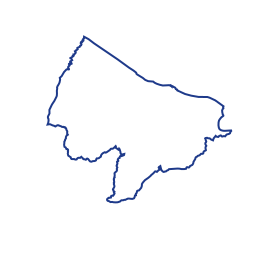 the district of Phu Luang, Loei, Thailand, rotated 34°
{"feature_id": "78962969B80258711240190", "entity_name": "Phu Luang", "entity_type": "district", "adm_level": 2, "iso_a3": "THA", "parent_name": "Thailand", "parent_adm1": "Loei", "projection": "orthographic", "projection_center": [101.608, 17.083], "detail": "fine", "context": "isolated", "style": "outline", "palette": "blue", "viewbox_px": 256, "rotation_deg": 34, "n_neighbors": 0, "source": "geoboundaries", "source_scale": "gbopen_adm2", "svg_char_len": 5857}
<svg xmlns="http://www.w3.org/2000/svg" viewBox="0 0 256 256"><g transform="rotate(34 128 128)"><path d="M43.4,124.6L43.9,125.0L44.7,125.9L45.8,128.6L46.1,130.4L46.2,132.9L46.6,134.2L47.2,134.8L48.2,136.9L49.8,139.1L50.9,141.0L51.2,142.0L51.8,146.8L51.8,150.0L51.9,151.6L52.7,156.9L54.8,159.9L55.2,162.9L55.4,163.6L56.0,164.4L56.8,164.8L57.9,166.1L58.9,168.1L59.3,169.7L59.4,170.1L60.9,168.7L61.5,168.4L64.0,168.0L65.4,167.5L66.2,167.5L67.1,167.2L67.3,166.2L67.6,165.9L68.0,165.2L68.4,164.8L69.4,164.6L69.8,164.4L70.7,164.3L71.5,164.0L72.6,164.0L73.2,163.7L73.5,163.3L74.1,163.3L74.5,162.9L75.4,162.6L75.6,162.6L75.8,162.9L76.1,163.1L76.5,162.9L76.9,162.9L77.9,163.9L79.5,164.7L80.3,166.1L80.8,166.7L81.2,167.0L81.7,167.1L81.9,167.2L81.8,167.5L81.3,168.2L81.5,169.9L81.7,170.5L82.3,171.2L82.4,172.9L82.8,173.7L82.8,174.8L83.7,176.2L84.4,177.6L85.8,179.1L87.3,179.0L88.7,179.9L89.4,179.4L90.0,179.4L90.5,179.6L90.8,180.0L91.0,180.8L91.6,181.2L92.4,182.9L93.9,184.3L96.9,184.3L97.6,185.0L98.5,185.3L100.0,184.4L100.8,183.8L101.9,183.7L102.8,183.0L103.0,182.7L102.9,181.9L103.2,180.9L103.6,180.4L105.0,179.5L105.4,178.0L106.7,178.3L107.3,178.3L108.1,178.7L108.6,178.7L109.2,178.3L110.8,177.9L111.0,176.5L111.4,176.1L112.3,176.0L115.0,176.9L116.2,176.6L116.6,176.3L117.4,175.1L118.6,174.2L119.4,173.2L119.5,172.6L119.1,171.5L119.1,170.7L119.5,170.5L120.7,169.3L121.0,168.2L121.5,167.2L121.4,166.6L121.0,165.8L120.9,164.7L121.2,163.1L122.2,161.2L122.5,161.0L123.3,160.9L123.9,159.9L125.3,156.3L125.4,154.9L126.0,154.3L126.7,153.9L127.3,153.0L127.9,149.9L128.3,150.1L129.0,151.2L129.4,151.3L131.2,151.2L132.3,151.4L132.4,151.2L132.4,150.9L132.2,150.1L132.9,150.3L134.9,151.9L135.9,153.0L136.6,153.4L137.7,153.4L138.0,153.2L139.4,151.6L139.8,152.5L139.8,152.8L138.3,155.0L138.1,155.1L137.8,155.0L137.5,155.1L137.3,155.7L137.3,156.5L137.8,157.5L137.1,158.4L137.1,159.7L137.4,160.0L138.3,160.6L138.4,160.8L138.3,161.2L137.8,161.8L137.8,162.2L138.3,162.7L138.8,163.0L139.2,163.5L139.3,163.9L139.2,164.3L139.6,164.8L139.5,165.3L139.6,165.6L140.3,166.3L141.2,166.6L141.5,168.1L141.8,168.5L142.4,168.9L142.7,170.3L142.2,171.9L142.1,173.0L142.3,173.3L143.0,174.1L143.3,174.6L143.8,175.2L144.0,176.0L144.6,176.5L144.4,177.2L144.6,177.9L144.9,178.2L145.0,178.6L145.4,178.8L145.6,179.3L146.4,180.0L146.5,180.3L146.9,180.7L146.9,181.4L147.5,181.9L147.6,182.4L148.0,182.8L148.6,183.1L149.5,184.2L149.7,185.1L149.7,186.8L149.9,187.4L150.8,187.7L150.9,188.1L151.6,188.5L152.4,188.5L152.4,189.3L153.2,189.6L153.5,189.9L153.4,190.6L153.6,190.9L153.5,192.5L152.8,192.7L152.5,193.2L152.4,193.6L152.2,193.7L152.4,194.1L152.3,194.6L152.6,194.8L152.7,195.2L152.3,195.4L151.9,196.1L151.0,196.7L151.0,197.2L150.6,197.7L150.5,198.8L150.9,199.3L151.3,199.6L152.0,199.7L153.0,199.3L154.9,199.2L156.3,198.1L157.4,197.7L159.3,196.6L161.0,195.3L162.5,193.4L162.7,192.2L163.1,191.5L163.5,191.2L164.4,190.6L165.1,189.6L165.9,189.1L167.3,186.7L168.4,185.9L170.7,184.7L171.4,184.2L172.3,182.9L172.2,181.8L171.5,180.1L171.6,179.8L172.2,179.3L171.6,178.7L171.3,178.1L171.5,177.3L170.8,175.0L171.0,174.6L172.0,173.6L172.4,170.2L171.9,168.4L170.9,166.7L170.8,165.1L171.2,161.8L172.7,157.9L173.5,155.0L173.6,153.8L173.9,153.0L174.4,151.1L174.7,148.9L175.3,148.4L176.5,148.2L177.0,145.6L177.8,144.6L177.5,144.3L175.9,143.9L175.5,143.6L175.5,143.0L176.1,141.5L178.8,143.9L179.2,144.1L180.4,144.5L181.5,144.6L182.3,144.4L182.8,143.6L183.7,142.8L184.0,141.7L184.8,140.5L185.0,139.2L191.8,133.9L193.5,132.9L195.2,132.2L197.7,130.5L198.9,129.4L198.6,128.0L198.8,127.5L199.3,127.2L200.3,126.9L200.7,126.5L200.8,126.0L200.7,124.9L201.9,122.7L202.0,122.0L201.8,120.7L201.2,119.3L201.1,116.2L200.6,114.8L200.6,114.3L201.3,113.0L201.4,112.1L202.6,110.6L203.0,108.5L204.2,107.7L204.5,107.3L204.6,107.0L204.0,105.7L204.0,105.0L204.2,104.3L204.9,103.3L205.0,102.8L204.8,102.6L203.9,101.8L203.2,100.9L202.9,100.1L202.9,99.0L201.4,98.3L200.7,97.5L200.5,96.9L200.6,96.0L200.4,95.4L199.1,94.5L198.5,93.8L197.8,93.5L197.8,93.1L199.0,91.9L200.0,91.8L201.5,90.9L203.5,91.1L205.4,90.7L204.8,88.8L205.1,85.5L206.1,85.7L207.8,85.0L207.9,84.8L208.0,83.8L208.2,83.4L209.0,82.3L209.6,82.2L210.3,82.5L210.7,82.5L211.1,82.2L212.0,81.1L213.2,80.6L213.4,78.3L215.1,76.3L215.5,75.3L215.0,73.7L215.2,73.1L215.2,72.4L215.5,71.9L209.7,76.3L208.7,76.9L207.6,77.4L206.2,77.8L204.9,77.8L204.2,77.6L203.1,76.9L201.5,75.2L200.0,72.8L199.3,71.0L199.2,69.6L199.4,67.0L200.1,65.1L200.2,64.5L199.8,64.1L198.8,63.7L198.4,63.2L197.4,62.3L196.2,60.8L195.9,59.3L196.1,58.4L195.8,58.0L195.1,57.5L195.0,56.6L184.9,56.3L178.9,57.2L176.5,57.9L169.1,62.8L162.4,65.8L156.3,67.9L147.9,69.3L147.6,69.2L147.5,68.8L147.3,68.7L147.0,68.7L145.9,69.0L145.4,68.7L144.7,68.2L143.4,68.3L142.2,68.7L141.9,68.5L141.6,68.7L141.4,68.5L140.7,69.0L140.2,68.7L140.0,68.9L140.1,69.0L139.6,68.9L139.5,69.1L139.2,68.9L139.0,69.2L138.3,69.4L133.1,73.3L130.2,74.4L126.9,75.3L124.6,75.6L123.0,75.4L118.5,77.9L115.4,78.5L112.3,78.2L105.6,78.5L104.6,78.3L103.9,77.6L103.3,77.5L100.4,77.3L95.0,77.4L80.9,76.9L52.5,76.8L45.6,76.4L40.5,76.9L40.8,77.5L41.4,78.1L41.4,79.0L41.1,79.2L41.1,79.5L41.6,80.1L42.2,80.5L42.1,80.9L41.8,80.9L41.4,80.7L41.2,80.9L41.3,81.2L41.8,81.8L42.0,82.3L41.9,82.6L41.1,82.8L41.0,83.3L41.4,84.2L42.6,84.6L42.9,85.7L42.3,86.6L42.6,87.6L41.2,89.9L41.4,90.3L42.2,90.8L41.8,92.2L41.3,92.9L41.4,93.7L41.1,94.1L41.5,94.4L42.3,94.4L42.6,95.3L42.3,96.9L41.7,97.5L42.3,97.9L42.2,98.3L42.4,98.6L42.2,98.8L42.5,98.9L42.5,99.2L42.1,99.7L42.0,100.4L41.1,102.3L41.3,102.4L42.0,102.2L42.5,102.3L43.8,103.0L42.9,105.1L43.0,105.6L43.2,105.8L43.6,105.9L44.2,105.5L45.1,106.0L45.3,106.2L44.8,107.0L44.0,107.5L43.3,107.7L43.2,107.9L43.3,108.1L44.1,108.3L44.6,108.7L44.6,109.1L44.3,109.6L44.4,110.1L44.2,110.5L44.4,111.2L44.7,111.5L45.8,111.9L46.2,112.4L45.7,112.9L44.9,112.9L44.2,114.1L43.7,117.3L44.0,122.1L43.4,124.6Z" fill="none" stroke="#1e3a8a" stroke-width="2"/></g></svg>